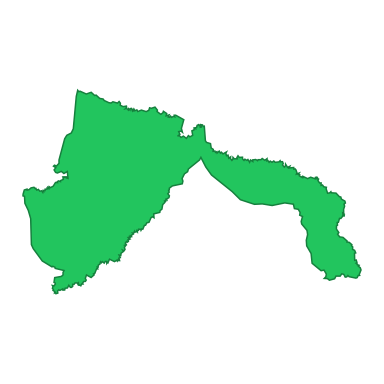 Dong Charoen, Phichit, Thailand
{"feature_id": "78962969B92900042333886", "entity_name": "Dong Charoen", "entity_type": "district", "adm_level": 2, "iso_a3": "THA", "parent_name": "Thailand", "parent_adm1": "Phichit", "projection": "robinson", "projection_center": [100.63, 16.0], "detail": "fine", "context": "isolated", "style": "filled", "palette": "green", "viewbox_px": 384, "rotation_deg": 0, "n_neighbors": 0, "source": "geoboundaries", "source_scale": "gbopen_adm2", "svg_char_len": 5986}
<svg xmlns="http://www.w3.org/2000/svg" viewBox="0 0 384 384"><path d="M52.0,266.9L52.8,266.3L55.0,267.3L55.2,268.4L64.0,270.5L63.0,272.6L63.1,274.8L61.4,276.4L54.7,277.6L54.0,282.4L55.1,282.9L55.3,284.1L54.1,285.8L52.4,285.5L53.0,286.5L52.4,288.4L53.4,289.5L53.0,290.4L54.7,291.5L54.5,293.0L55.3,292.6L55.9,293.7L57.8,293.1L57.6,290.9L58.8,289.8L59.9,290.4L62.8,288.9L62.9,290.1L64.7,290.0L65.1,288.2L67.4,288.0L68.8,285.3L70.4,287.4L71.5,287.4L72.7,286.4L72.7,284.3L74.0,284.4L75.1,282.9L77.5,283.0L77.8,283.9L78.4,283.1L78.6,285.7L79.0,284.8L80.8,285.8L81.6,284.1L83.0,284.0L82.5,283.2L83.7,281.5L85.4,281.4L86.2,280.1L85.3,278.4L86.5,275.0L91.1,277.5L94.1,274.9L93.5,273.8L94.8,273.3L96.6,268.7L97.7,268.9L97.2,267.0L98.1,267.1L98.3,265.1L99.9,264.1L100.5,261.8L101.4,262.8L102.3,261.6L104.2,263.1L105.3,261.4L106.7,261.5L106.8,263.2L107.3,262.4L107.9,262.9L109.5,259.2L114.5,261.6L116.8,260.2L117.3,261.1L118.2,259.6L118.3,260.6L119.6,260.6L118.9,258.1L120.3,257.6L119.1,255.1L120.8,255.5L121.1,253.2L123.4,251.5L122.7,250.2L124.0,250.8L125.0,249.5L124.4,247.2L125.7,245.6L124.9,245.2L126.3,244.7L125.3,243.1L126.5,241.5L127.2,242.2L128.4,241.4L127.9,240.2L129.2,239.5L128.4,239.4L129.1,238.7L128.3,237.7L129.9,237.8L129.5,236.7L130.5,236.9L130.3,235.9L131.6,236.4L131.4,235.1L133.3,234.1L132.6,233.1L133.6,233.3L134.4,231.5L134.6,232.2L136.4,231.8L136.6,230.8L137.4,231.8L137.4,230.4L138.5,230.3L138.6,229.2L140.7,229.3L141.0,230.3L141.8,228.9L142.8,229.2L144.4,225.4L145.6,225.2L146.7,222.9L149.0,222.3L151.0,217.7L152.5,216.8L154.0,217.7L153.7,213.9L159.8,212.4L160.1,210.6L161.9,209.2L162.7,204.6L164.9,202.4L164.6,201.0L165.7,201.2L165.9,199.4L166.8,199.9L166.6,199.0L168.9,197.7L169.4,195.8L167.8,193.7L169.2,192.1L168.6,190.3L169.3,189.9L169.3,188.2L172.4,185.9L182.3,183.8L182.9,181.1L182.1,178.5L184.5,173.8L187.6,171.7L188.4,169.0L199.6,159.9L200.9,157.4L205.8,167.0L211.5,175.0L232.2,191.6L240.4,199.7L254.4,204.3L262.3,203.9L272.1,205.5L284.8,202.9L293.4,204.2L294.4,208.6L298.3,209.3L300.1,212.5L299.7,215.2L302.5,216.5L301.2,221.5L301.7,224.0L307.0,230.4L307.6,234.6L306.3,240.2L306.7,245.9L311.1,253.5L312.1,263.3L321.1,270.7L324.0,270.1L326.3,274.0L325.9,276.7L324.3,278.4L327.4,278.6L329.4,280.2L334.6,278.8L336.0,276.1L340.2,276.1L341.8,273.8L343.8,274.4L345.2,277.1L346.7,276.9L347.9,275.5L349.1,276.7L355.9,278.1L357.2,277.6L358.1,275.6L359.6,275.4L359.2,274.6L361.0,270.0L360.3,267.8L358.4,266.2L359.1,265.3L357.1,264.6L357.0,263.1L356.2,263.0L356.9,262.3L356.2,260.0L354.7,260.3L354.5,253.3L355.7,252.9L354.6,250.3L352.6,249.4L352.7,246.9L351.5,245.7L351.9,244.7L349.3,242.4L346.9,242.0L347.1,241.0L343.0,237.4L339.7,236.9L337.6,234.2L338.8,232.6L336.4,229.0L336.5,225.8L337.5,225.2L337.2,222.5L338.4,222.3L339.5,218.4L340.8,218.5L343.1,215.8L344.1,216.0L344.3,215.0L343.1,214.9L343.6,214.3L342.9,214.3L342.7,212.7L343.7,213.0L343.6,209.3L344.6,206.2L344.0,204.1L345.4,203.0L344.9,201.1L341.4,199.1L340.8,197.0L339.4,196.7L336.0,193.1L331.3,192.8L330.9,191.7L329.7,192.9L327.6,193.2L326.1,188.8L326.4,187.3L323.8,186.8L322.5,185.0L321.1,185.4L321.1,182.9L319.7,183.0L318.7,181.7L317.9,180.5L318.5,179.2L316.6,178.7L317.7,178.2L316.9,177.1L315.4,177.4L315.2,178.8L310.7,177.2L307.6,178.6L302.6,176.2L302.1,176.6L303.0,177.6L302.4,177.7L299.3,175.8L299.7,174.7L298.3,174.3L299.1,173.1L296.4,174.1L296.9,172.6L295.9,169.8L295.1,168.9L293.9,169.2L293.7,167.5L289.0,168.0L289.8,166.3L287.6,167.4L285.6,164.2L285.5,165.8L284.3,167.1L282.5,165.0L283.2,163.5L282.5,161.7L280.5,161.7L280.1,160.7L279.0,161.9L275.1,162.3L273.8,161.0L272.0,162.3L270.2,161.1L269.1,162.3L267.8,160.4L266.9,160.8L267.0,158.7L264.8,160.3L262.2,158.5L261.0,159.7L258.1,159.7L257.6,160.7L255.7,159.5L252.7,159.9L252.8,161.5L250.5,160.0L249.6,162.3L247.9,159.5L246.9,160.4L244.9,159.2L244.0,160.4L242.6,159.0L242.5,157.2L239.2,157.4L238.0,155.8L236.9,157.6L237.2,158.8L234.3,158.8L233.0,157.4L232.9,159.2L231.9,160.4L230.4,158.5L230.6,156.9L228.8,158.2L228.0,155.1L226.5,155.7L225.8,153.2L226.4,152.0L223.0,153.9L221.4,152.2L220.4,153.1L219.2,151.1L217.1,153.0L216.8,151.7L215.5,152.4L214.9,151.0L213.1,151.3L213.3,149.4L211.2,148.0L210.5,143.6L206.5,142.4L205.4,140.7L204.3,126.2L203.3,126.5L202.5,124.9L201.6,124.8L201.2,127.2L200.3,127.3L200.3,124.8L199.2,125.5L198.7,124.6L197.1,125.4L196.6,127.5L194.4,127.9L195.2,128.7L194.1,128.6L194.0,129.9L191.9,130.8L192.7,135.2L191.6,136.0L189.9,136.8L188.4,135.6L186.4,138.4L183.4,136.1L181.0,137.4L179.3,135.6L177.5,136.1L179.9,134.4L178.7,131.6L181.1,131.1L182.4,132.2L181.4,128.4L183.8,119.7L175.7,115.2L174.3,115.2L174.7,116.8L173.7,116.3L171.6,117.4L170.6,116.1L169.6,117.3L168.2,117.0L169.1,114.9L166.1,115.8L166.7,113.5L163.4,111.3L162.9,112.8L160.8,114.3L157.0,111.5L157.4,110.1L155.0,107.1L151.4,108.3L149.6,107.8L148.8,110.3L146.2,111.6L141.4,110.1L137.8,111.5L136.9,109.9L134.9,110.7L134.2,109.5L134.0,110.8L133.1,110.9L132.9,109.9L132.4,110.8L131.5,108.4L130.3,108.6L130.0,110.1L128.6,108.7L128.3,110.0L126.5,108.3L125.5,108.6L126.6,107.4L126.4,106.1L123.1,106.6L120.2,105.2L120.4,103.2L119.1,101.5L117.5,103.1L112.9,101.8L111.1,103.0L108.9,102.7L104.2,100.5L103.1,99.0L99.7,98.4L96.1,95.1L94.7,95.5L91.2,92.3L86.3,94.0L80.0,91.2L78.8,91.7L77.7,90.3L76.3,96.3L73.3,128.8L71.3,133.0L66.8,135.3L64.7,138.7L59.0,160.0L59.0,163.3L56.5,166.0L54.5,165.2L53.5,166.2L55.8,167.7L54.1,169.9L55.6,172.4L57.4,173.0L61.3,171.4L63.9,173.5L67.3,171.5L68.0,178.4L66.3,177.9L66.5,176.9L63.4,176.9L64.0,177.5L63.0,177.8L63.3,179.4L60.5,180.6L60.5,181.6L58.4,180.9L57.2,181.8L57.5,182.6L55.5,182.5L53.2,186.2L50.5,187.6L49.2,186.7L49.1,187.9L48.2,187.4L48.6,188.6L47.1,188.0L47.0,189.1L45.1,189.2L45.1,190.5L43.3,190.4L43.7,191.6L42.8,191.4L42.7,192.3L41.6,190.8L39.8,191.2L38.4,189.4L36.8,190.1L35.8,188.3L35.2,188.7L34.0,187.3L31.0,187.9L29.0,189.7L27.1,190.1L27.0,189.1L24.3,190.0L23.1,194.1L23.0,195.9L24.5,196.3L24.9,203.3L28.3,210.4L30.7,218.7L31.4,244.6L33.2,248.6L42.3,261.0L52.0,266.9Z" fill="#22c55e" stroke="#15803d" stroke-width="1.5"/></svg>